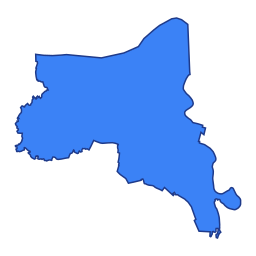 Phuc Tho, Ha Noi, Vietnam
{"feature_id": "81297802B65234108276491", "entity_name": "Phuc Tho", "entity_type": "district", "adm_level": 2, "iso_a3": "VNM", "parent_name": "Vietnam", "parent_adm1": "Ha Noi", "projection": "robinson", "projection_center": [105.577, 21.11], "detail": "fine", "context": "isolated", "style": "filled", "palette": "blue", "viewbox_px": 256, "rotation_deg": 0, "n_neighbors": 0, "source": "geoboundaries", "source_scale": "gbopen_adm2", "svg_char_len": 5778}
<svg xmlns="http://www.w3.org/2000/svg" viewBox="0 0 256 256"><path d="M187.8,24.4L181.6,19.7L176.6,18.0L171.7,18.8L159.6,25.4L154.2,29.6L144.0,38.5L138.4,46.6L123.8,53.0L101.4,57.9L66.5,54.6L61.1,55.1L52.5,55.6L43.7,55.3L37.0,54.5L35.7,54.3L35.9,61.3L37.3,61.7L37.5,63.4L35.9,68.1L36.4,68.4L35.7,71.7L35.7,72.7L36.1,76.4L36.8,79.8L37.5,79.7L37.7,80.4L38.1,80.5L38.2,81.1L40.0,81.1L41.2,81.9L42.8,81.9L44.2,86.2L44.8,87.0L45.5,87.3L46.7,87.4L47.0,87.6L47.4,88.5L48.1,90.0L46.5,90.2L46.3,90.9L45.0,91.4L42.1,94.1L41.9,94.6L41.7,95.4L41.8,96.3L41.7,97.0L41.4,97.5L40.4,98.3L39.2,96.5L38.6,97.3L37.5,96.1L36.2,97.6L36.8,98.4L36.3,98.9L35.9,99.0L33.3,96.2L32.6,97.1L33.3,98.8L32.6,99.2L32.4,99.6L32.2,100.0L32.0,102.5L30.7,104.2L30.6,105.0L29.6,105.3L29.1,105.2L28.5,104.7L27.6,103.5L26.1,104.7L24.9,106.0L24.6,106.9L24.0,106.9L23.9,106.6L22.1,105.9L21.7,106.2L20.6,107.7L21.2,108.6L21.4,109.2L21.5,110.5L21.4,112.1L21.3,112.5L19.9,114.0L18.8,115.7L18.4,116.6L18.3,117.2L18.3,117.7L18.5,118.0L17.6,117.7L17.4,118.3L18.2,120.0L18.2,121.3L17.1,121.2L17.2,121.8L16.1,122.7L15.4,123.8L16.3,125.7L17.2,126.4L16.9,127.7L17.0,128.1L17.2,128.4L18.0,128.6L18.2,128.9L18.3,129.5L18.3,130.1L17.5,130.5L17.0,131.3L18.0,133.1L22.3,133.3L21.9,136.1L21.9,136.5L22.5,137.9L22.5,138.5L22.1,139.5L22.1,140.2L22.0,140.5L21.7,140.9L21.6,141.6L19.5,144.3L19.1,144.0L18.6,144.1L18.0,145.1L17.5,145.4L16.8,145.3L16.1,145.4L15.4,145.8L15.6,146.7L16.4,146.6L16.8,146.8L17.0,147.6L17.1,148.2L17.0,148.6L16.0,149.1L16.2,149.9L16.5,150.1L16.6,150.3L16.6,151.2L16.8,151.5L17.1,151.6L18.0,151.3L18.6,151.3L19.2,151.6L19.7,151.6L21.6,151.1L22.3,150.6L23.3,150.2L24.2,150.0L24.4,149.7L24.3,148.9L24.2,147.8L24.4,147.6L24.8,147.6L25.5,148.0L26.4,148.8L27.3,149.8L28.1,150.4L28.5,150.7L30.0,151.3L30.1,151.6L30.0,152.2L29.5,152.4L28.4,152.5L28.2,152.8L28.3,153.1L30.1,154.7L30.4,155.1L30.7,156.3L31.0,156.7L31.6,157.5L34.0,158.9L34.4,159.1L34.7,159.0L35.6,158.5L35.9,158.2L35.6,157.7L35.5,157.1L35.8,156.5L36.1,156.1L37.3,156.4L37.3,155.9L37.8,156.0L38.2,156.4L38.2,157.0L37.8,158.1L37.8,158.3L37.8,158.7L38.5,159.1L39.7,159.2L40.8,158.9L41.2,158.9L42.0,159.4L42.8,159.0L43.7,158.9L44.1,159.3L44.4,160.4L44.6,160.5L46.3,160.6L46.6,160.9L46.9,160.9L47.2,160.6L49.2,160.0L50.3,160.0L51.3,160.4L51.7,160.3L51.8,160.1L51.8,159.3L52.0,158.8L52.9,157.0L54.2,157.1L55.4,157.6L56.4,158.9L57.3,159.3L58.5,159.4L61.5,159.0L65.9,158.1L68.6,157.7L69.6,155.0L70.4,153.5L71.6,153.2L72.1,152.9L72.5,152.4L73.4,150.3L73.6,150.0L74.1,150.4L74.3,151.7L74.6,152.0L74.8,152.3L77.3,153.5L78.2,153.2L78.4,153.0L79.0,151.4L79.2,151.1L79.3,151.0L79.5,151.1L80.4,152.0L80.8,152.0L82.0,151.5L81.9,150.5L81.9,149.9L82.0,149.6L82.7,148.5L83.6,148.7L85.0,148.5L85.4,149.1L85.6,149.2L87.2,148.8L89.0,149.9L90.7,146.7L93.7,140.4L95.8,141.3L100.4,143.0L102.5,143.3L107.8,142.9L112.4,142.7L115.1,143.2L116.9,143.8L118.0,144.3L117.8,144.8L118.1,144.9L117.6,146.0L117.6,147.0L117.6,147.9L118.1,149.5L118.2,150.2L118.1,150.5L117.9,152.5L119.5,153.1L119.1,156.9L118.8,159.1L118.1,162.2L119.1,163.1L118.6,165.1L118.9,165.4L117.2,171.4L118.7,173.0L120.0,174.3L121.3,175.3L125.8,178.5L128.1,182.6L128.4,183.2L134.0,182.0L141.1,180.3L141.2,179.5L142.8,179.0L143.5,180.4L144.2,183.3L144.4,183.6L145.8,183.9L147.1,184.6L149.1,185.2L152.1,185.5L153.2,185.8L153.9,186.2L154.9,187.1L156.4,188.0L159.0,189.1L161.2,190.1L162.1,190.7L164.5,187.5L173.2,195.5L173.9,194.7L172.7,193.7L174.4,192.4L175.8,194.8L177.7,194.7L178.6,195.5L184.8,199.1L185.9,200.2L187.8,201.8L188.7,202.9L190.8,206.0L191.3,206.5L192.2,209.1L193.2,211.9L194.9,216.7L195.9,219.3L194.3,220.5L199.0,231.2L210.2,231.8L209.9,236.2L210.5,236.7L211.0,236.5L211.4,235.5L212.2,234.1L212.3,231.7L213.5,231.5L213.9,232.1L215.1,232.2L215.3,232.1L215.8,231.8L215.9,231.6L216.0,231.5L215.9,229.9L216.1,228.5L218.0,228.4L218.2,229.5L218.1,230.6L217.9,231.7L217.5,233.8L216.1,234.4L216.0,235.4L216.3,237.6L217.5,238.0L217.8,237.2L218.2,235.9L219.3,233.6L220.0,232.9L220.8,232.2L220.3,231.3L219.9,230.8L219.6,230.1L219.5,229.2L219.7,227.8L219.6,226.0L219.7,225.0L219.4,220.3L219.3,218.7L219.1,217.0L218.3,213.6L217.2,210.2L216.6,208.7L215.5,207.2L214.4,203.4L214.3,202.0L214.6,201.5L215.2,200.8L215.2,200.5L214.9,199.9L214.9,199.7L215.4,199.3L216.1,198.9L216.6,198.9L217.0,199.0L217.3,199.3L217.5,200.0L217.8,199.9L218.0,199.5L218.3,199.4L218.7,199.6L219.3,199.5L219.6,199.5L220.1,200.1L220.4,201.4L221.2,202.3L222.0,202.9L222.9,203.4L223.7,204.0L224.9,205.5L227.3,207.5L228.1,207.9L229.7,208.6L233.9,209.6L234.6,209.7L235.6,209.5L237.8,208.3L238.6,207.6L239.8,206.2L240.5,204.7L240.6,203.8L240.6,201.0L240.6,200.0L240.4,199.5L240.2,198.9L239.1,197.4L238.6,196.9L237.2,195.7L236.8,195.3L236.1,194.3L235.4,193.0L233.4,188.8L233.1,188.3L232.3,187.8L231.5,187.6L231.1,187.7L230.4,188.2L229.5,189.6L228.9,190.2L227.4,190.9L223.2,193.4L222.2,193.8L220.9,193.9L219.4,193.7L218.0,193.3L217.0,192.7L215.6,191.7L214.9,190.9L214.1,189.2L213.8,188.0L213.6,185.6L213.1,181.8L212.8,179.7L212.7,178.0L213.2,173.8L213.3,171.5L213.1,169.9L212.3,167.1L212.3,166.7L212.4,165.9L212.9,163.8L213.4,162.8L214.6,161.7L215.6,160.5L215.9,159.0L215.6,157.3L214.5,154.5L213.2,151.8L212.3,150.7L210.1,148.3L204.7,144.7L203.6,144.3L200.9,143.5L199.4,142.9L199.6,141.5L198.5,141.4L201.0,132.3L203.9,134.7L205.5,128.0L202.4,127.2L202.6,126.4L202.7,125.3L198.0,123.8L193.3,122.7L192.9,122.6L190.6,119.7L189.3,118.9L188.1,118.0L185.9,116.1L185.0,114.8L184.8,114.1L184.7,112.7L184.8,111.9L185.7,110.7L186.4,110.1L190.4,107.5L191.7,106.4L192.5,105.5L193.0,104.6L193.2,103.5L193.0,102.3L192.3,100.2L190.7,97.9L188.9,95.8L186.4,93.6L184.6,91.2L183.6,89.7L183.3,88.9L183.3,87.7L183.5,85.6L184.7,82.3L185.5,80.4L186.3,78.6L188.0,75.9L188.6,75.2L189.1,74.8L190.0,74.5L189.7,71.7L187.8,24.4Z" fill="#3b82f6" stroke="#1e3a8a" stroke-width="1.5"/></svg>